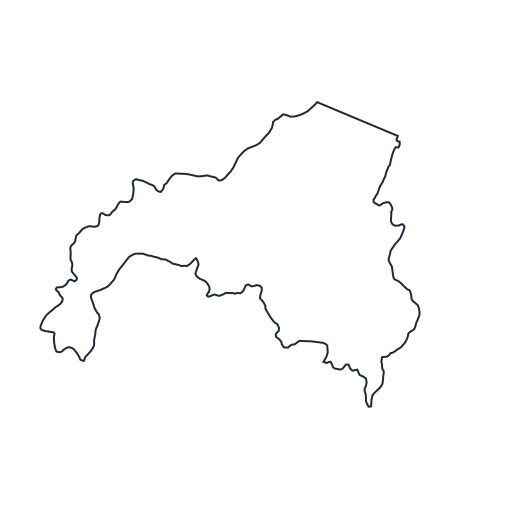 Aurora do Pará, Pará, Brazil, rotated 23°
{"feature_id": "56859067B35276359605385", "entity_name": "Aurora do Pará", "entity_type": "district", "adm_level": 2, "iso_a3": "BRA", "parent_name": "Brazil", "parent_adm1": "Pará", "projection": "natural_earth1", "projection_center": [-47.772, -2.26], "detail": "fine", "context": "isolated", "style": "outline", "palette": "slate", "viewbox_px": 512, "rotation_deg": 23, "n_neighbors": 0, "source": "geoboundaries", "source_scale": "gbopen_adm2", "svg_char_len": 5702}
<svg xmlns="http://www.w3.org/2000/svg" viewBox="0 0 512 512"><g transform="rotate(23 256 256)"><path d="M381.6,172.9L381.2,170.9L378.6,169.4L377.0,170.5L375.4,172.3L373.4,173.2L371.9,173.8L369.5,173.5L367.5,172.3L366.2,170.4L364.2,164.6L363.3,162.8L363.3,159.9L362.2,158.0L359.8,155.9L357.4,154.6L354.1,156.2L352.0,158.1L350.5,160.8L349.1,161.5L347.1,161.0L345.2,161.0L343.3,160.4L342.2,158.5L342.6,156.5L342.9,153.1L343.4,151.2L343.1,146.9L342.9,143.4L343.7,138.5L343.6,134.8L343.9,132.7L343.3,129.0L343.1,125.3L343.0,122.3L343.6,119.7L343.2,117.3L342.6,114.5L341.8,108.9L341.6,104.0L342.1,101.3L344.8,100.3L344.7,97.1L343.6,94.7L341.4,95.0L339.8,94.0L339.7,90.1L298.0,90.3L296.2,90.3L252.1,90.5L251.3,93.3L249.4,97.4L247.1,102.3L245.0,105.1L243.1,107.2L241.2,109.2L236.7,112.7L233.1,114.3L228.5,114.4L225.6,115.0L224.5,117.3L222.3,121.5L220.7,122.9L219.3,126.1L220.1,128.5L220.6,132.3L219.8,137.4L217.8,142.7L215.6,149.9L213.6,153.1L209.9,156.9L206.5,160.1L204.2,163.9L202.3,168.7L201.0,173.0L200.6,183.2L199.6,188.3L198.2,192.0L197.1,195.6L195.2,199.2L192.7,201.0L190.9,200.7L189.4,199.8L186.6,199.7L183.5,200.4L179.5,200.9L177.9,201.9L175.0,203.7L171.2,205.5L162.3,207.1L158.1,208.3L154.8,209.6L149.5,211.5L147.3,214.9L146.2,218.9L145.3,223.8L143.7,226.6L144.4,230.0L143.5,234.1L141.4,234.7L138.4,234.1L135.0,231.5L131.7,231.2L130.2,231.5L128.1,231.2L126.3,231.2L122.2,231.0L118.4,231.9L116.7,231.9L115.0,232.6L113.8,234.6L113.8,236.5L114.9,238.5L117.0,241.4L117.7,243.8L118.5,245.9L119.0,247.8L119.2,249.8L119.8,251.8L118.4,255.3L117.0,256.3L115.2,257.2L111.9,258.3L110.0,258.9L109.0,261.3L108.7,263.6L108.6,265.7L108.3,267.7L106.4,271.5L106.0,273.6L105.3,275.4L103.9,276.4L101.3,277.1L98.6,276.6L96.9,277.0L96.3,278.8L97.0,282.1L98.2,285.4L98.7,287.2L98.9,289.4L97.7,290.9L95.7,292.3L92.1,293.3L90.1,294.2L88.6,295.7L87.1,297.2L85.8,299.1L84.4,303.2L83.6,305.2L82.7,307.0L82.9,309.5L83.4,311.4L83.8,313.3L83.3,315.7L82.4,317.4L81.7,319.5L82.1,321.6L84.3,325.7L85.8,329.8L86.7,331.8L88.3,333.1L89.6,334.4L90.6,336.4L91.7,341.0L92.8,342.4L95.7,344.0L98.3,345.2L99.9,346.4L100.1,348.2L98.9,350.2L94.7,350.1L93.1,351.6L92.5,355.9L91.6,357.7L90.4,359.6L88.6,360.9L86.5,361.9L84.9,362.9L84.7,364.9L86.5,365.9L88.2,366.2L89.4,367.5L91.1,368.9L93.1,369.6L94.7,370.7L95.3,372.8L95.0,375.2L94.2,377.4L93.0,379.3L91.6,381.2L89.6,385.4L88.3,387.7L86.4,391.8L85.8,393.7L85.6,395.8L85.1,398.1L85.0,400.3L85.1,404.8L85.7,406.7L87.4,407.7L91.1,407.6L92.9,407.0L99.5,405.4L100.9,406.1L101.4,408.9L102.6,411.7L103.6,413.8L106.4,418.4L107.5,419.8L109.7,421.9L112.0,421.6L114.0,420.6L115.2,418.5L116.0,416.6L117.5,414.7L119.3,413.0L122.4,412.6L124.9,413.0L130.3,416.1L132.7,418.0L134.7,419.9L136.6,420.2L138.6,419.7L138.3,415.6L139.6,412.4L141.1,408.0L141.8,404.5L141.8,401.5L141.1,399.5L140.0,397.4L139.3,394.1L138.6,390.7L137.7,388.3L137.1,385.2L137.3,383.1L137.1,380.9L136.7,375.6L136.2,373.9L134.2,371.2L132.1,370.3L130.2,369.0L127.6,366.9L126.0,364.9L124.1,362.8L122.0,360.5L120.2,358.7L119.4,355.9L120.4,353.4L121.8,351.8L126.2,347.9L128.8,345.1L130.0,343.8L131.4,342.1L132.5,339.5L133.8,335.6L134.5,333.1L134.8,330.6L134.5,328.1L134.9,325.1L135.2,322.6L135.9,319.8L136.6,317.6L137.8,312.8L138.6,309.8L139.6,306.4L141.2,304.1L142.7,302.2L144.3,300.9L146.2,300.0L148.2,299.3L149.8,298.5L151.4,298.0L156.8,297.7L158.4,297.0L160.2,296.7L162.5,296.6L165.5,295.9L168.1,295.9L170.3,295.8L172.3,295.2L174.6,294.5L176.6,294.9L179.1,294.9L182.0,295.6L188.4,294.5L191.4,294.3L193.9,293.0L196.3,292.2L198.0,289.8L199.2,287.3L199.8,285.4L200.6,283.2L201.7,281.5L204.1,283.3L206.4,286.1L206.7,291.5L207.1,295.9L208.3,297.2L210.1,298.2L213.5,298.9L218.0,298.9L220.1,299.4L222.2,300.5L223.8,301.6L225.2,302.8L226.2,304.6L226.8,307.5L226.1,309.3L226.1,311.5L227.9,312.1L229.9,310.6L231.7,308.6L233.2,307.5L237.2,307.3L238.9,306.1L241.1,303.8L242.5,301.8L244.1,301.2L246.8,300.2L249.4,299.1L251.2,299.1L253.2,297.2L256.1,296.5L257.3,294.5L258.0,292.6L258.1,287.1L260.0,285.2L263.8,285.7L266.0,284.3L268.0,282.5L271.3,281.9L273.5,282.8L274.7,285.2L275.1,289.1L276.0,293.2L278.1,294.2L279.6,294.9L281.1,295.8L284.0,298.1L285.2,300.7L287.7,302.7L294.3,307.4L299.2,310.0L302.4,310.4L305.4,313.4L306.2,316.3L305.3,318.1L304.7,320.4L306.2,322.7L308.0,323.0L310.3,323.8L313.1,325.3L314.1,327.0L317.3,329.2L321.2,327.9L322.5,325.0L323.8,323.5L326.1,322.2L329.0,317.2L340.8,312.8L351.3,309.8L353.2,309.8L354.8,309.8L356.5,310.5L358.0,313.4L359.6,316.6L360.0,318.8L360.2,321.7L359.8,324.5L359.5,327.1L362.8,326.9L364.1,325.4L366.0,324.2L368.0,325.9L370.4,328.3L372.5,328.8L374.6,328.3L377.4,327.8L379.2,326.6L380.1,324.8L381.2,320.8L383.6,319.8L386.6,322.8L389.6,323.9L391.9,322.3L393.7,321.0L395.8,323.1L397.4,324.8L400.2,325.1L402.1,325.1L405.0,325.8L407.1,328.9L408.0,332.6L407.8,335.7L408.8,337.8L411.1,340.6L412.9,344.2L413.7,346.3L414.9,347.6L416.4,349.1L418.5,350.7L420.7,349.5L419.2,345.3L418.4,342.8L417.7,338.9L418.4,336.0L421.4,329.2L422.1,326.2L422.3,324.1L420.9,319.1L420.1,317.2L419.7,315.0L418.4,311.8L416.4,310.5L415.3,308.7L414.4,306.6L412.7,304.4L411.5,299.9L414.1,298.4L416.0,297.4L417.3,295.2L417.8,292.9L420.0,291.2L422.0,287.9L425.1,283.4L426.9,278.0L427.3,274.5L427.3,272.2L427.1,270.1L426.5,267.9L427.3,265.9L428.6,264.1L430.1,261.8L430.3,259.4L429.6,254.8L429.8,252.4L429.6,250.4L429.7,248.4L429.3,245.5L426.7,240.8L424.0,238.0L417.8,236.1L415.8,234.6L414.8,232.4L413.2,230.1L411.0,227.7L407.8,227.5L406.0,226.6L403.7,225.9L401.0,224.7L398.7,224.0L396.4,223.4L394.3,223.5L392.1,223.1L390.7,221.7L388.1,217.5L385.3,212.7L381.5,209.8L379.5,207.6L378.8,203.9L377.9,198.2L378.8,193.9L379.2,191.3L379.9,189.4L381.8,183.3L381.9,178.6L381.8,175.1L381.6,172.9Z" fill="none" stroke="#1e293b" stroke-width="2"/></g></svg>